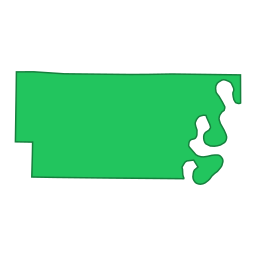 Lee, Arkansas, United States of America
{"feature_id": "52423323B51053676953804", "entity_name": "Lee", "entity_type": "district", "adm_level": 2, "iso_a3": "USA", "parent_name": "United States of America", "parent_adm1": "Arkansas", "projection": "mercator", "projection_center": [-90.542, 34.77], "detail": "fine", "context": "isolated", "style": "filled", "palette": "green", "viewbox_px": 256, "rotation_deg": 0, "n_neighbors": 0, "source": "geoboundaries", "source_scale": "gbopen_adm2", "svg_char_len": 1881}
<svg xmlns="http://www.w3.org/2000/svg" viewBox="0 0 256 256"><path d="M240.6,103.0L240.5,74.9L171.9,74.0L148.3,74.4L130.7,74.5L64.2,73.8L33.6,71.8L16.4,71.9L16.2,89.6L15.4,141.8L32.6,142.1L32.4,154.0L31.8,177.0L55.0,177.4L106.7,178.0L183.7,178.7L183.9,178.2L183.8,177.8L183.2,176.4L182.8,174.6L182.5,169.2L182.1,167.9L182.1,167.0L184.2,163.4L185.3,161.9L187.1,160.9L193.7,160.1L198.0,167.0L194.5,170.0L193.7,171.5L193.3,173.3L192.9,176.8L193.2,178.9L194.0,180.6L195.4,182.5L196.6,183.3L198.7,184.0L200.4,184.2L202.9,183.8L205.2,182.8L208.2,180.5L209.8,178.9L211.9,176.0L214.7,173.4L217.4,171.4L220.6,167.6L221.8,165.7L222.9,161.8L222.9,160.5L222.6,159.1L221.5,157.3L220.1,155.9L218.8,155.2L217.3,155.0L215.0,155.0L211.9,155.3L207.6,156.3L203.6,156.9L201.3,156.8L198.2,156.0L195.9,154.7L189.5,147.3L188.9,146.4L188.7,145.8L188.7,144.8L189.0,142.4L189.6,141.1L190.2,140.3L191.4,139.5L192.5,139.2L193.5,139.0L194.5,138.7L195.4,138.1L195.9,137.4L196.6,136.1L196.9,134.8L197.0,130.1L195.8,126.6L195.3,124.3L195.2,123.2L195.4,122.2L196.5,119.6L197.8,117.8L199.0,116.6L200.6,115.9L203.4,115.2L206.0,115.4L206.7,117.5L209.6,123.9L210.3,126.0L210.5,127.5L210.4,128.0L209.0,130.1L205.4,132.5L204.1,134.5L203.7,136.4L203.7,138.4L204.0,140.3L204.9,142.6L206.0,143.9L210.3,146.0L214.4,146.2L217.4,145.8L220.6,144.9L224.4,142.6L225.4,141.5L226.2,139.8L226.6,138.0L226.6,136.7L226.0,134.5L224.1,130.2L220.4,123.6L219.4,120.5L219.0,118.8L219.3,116.7L219.8,115.1L220.4,114.1L222.0,111.9L224.1,110.4L224.8,108.0L224.8,106.8L222.5,102.3L219.1,96.5L216.6,93.2L216.0,91.9L215.6,88.7L215.8,86.4L216.0,85.6L217.3,83.2L218.7,82.0L221.8,80.1L223.8,79.7L225.7,80.1L228.7,81.3L229.9,82.0L230.8,82.7L231.4,83.4L233.5,87.9L233.8,89.5L233.8,90.4L232.9,92.8L232.9,94.3L233.2,96.7L233.9,99.7L235.5,102.4L236.0,102.8L238.4,103.5L239.8,103.4L240.6,103.0Z" fill="#22c55e" stroke="#15803d" stroke-width="1.5"/></svg>